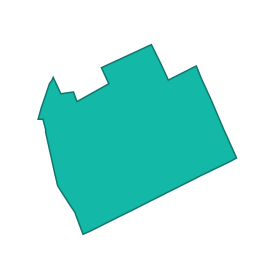 Windham, Connecticut, United States of America (Mercator projection), rotated 65°
{"feature_id": "52423323B50324071852307", "entity_name": "Windham", "entity_type": "district", "adm_level": 2, "iso_a3": "USA", "parent_name": "United States of America", "parent_adm1": "Connecticut", "projection": "mercator", "projection_center": [-71.988, 41.832], "detail": "fine", "context": "isolated", "style": "filled", "palette": "teal", "viewbox_px": 256, "rotation_deg": 65, "n_neighbors": 0, "source": "geoboundaries", "source_scale": "gbopen_adm2", "svg_char_len": 726}
<svg xmlns="http://www.w3.org/2000/svg" viewBox="0 0 256 256"><g transform="rotate(65 128 128)"><path d="M204.6,175.7L204.2,155.6L204.1,153.7L203.6,139.2L203.6,138.4L203.2,124.4L203.2,123.9L203.0,120.3L203.0,118.0L202.2,90.3L201.9,81.8L201.5,49.2L201.0,42.3L173.2,41.9L171.0,41.9L146.9,41.1L138.8,40.8L113.5,40.6L101.4,39.9L100.6,39.9L101.6,71.2L84.1,71.1L62.3,71.6L62.1,126.6L79.8,126.7L82.5,163.1L72.3,162.2L68.6,174.4L62.5,174.4L53.9,174.4L50.5,174.4L52.5,176.7L54.8,180.6L64.1,189.4L73.0,198.0L82.1,205.8L84.1,201.4L94.7,203.3L96.9,204.4L140.6,214.1L142.8,214.5L149.6,216.0L151.4,216.1L173.1,213.2L181.9,211.8L205.3,213.7L205.5,206.6L204.6,175.9L204.6,175.7Z" fill="#14b8a6" stroke="#0f766e" stroke-width="1.5"/></g></svg>